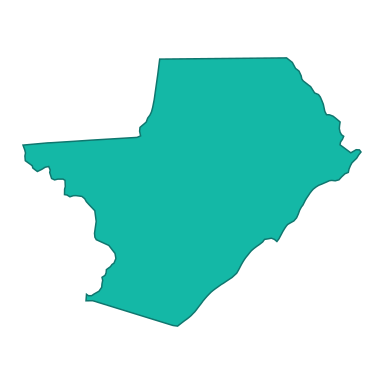 Coruripe, Alagoas, Brazil (Albers equal-area conic projection)
{"feature_id": "56859067B77364556479199", "entity_name": "Coruripe", "entity_type": "district", "adm_level": 2, "iso_a3": "BRA", "parent_name": "Brazil", "parent_adm1": "Alagoas", "projection": "albers", "projection_center": [-36.219, -10.099], "detail": "fine", "context": "isolated", "style": "filled", "palette": "teal", "viewbox_px": 384, "rotation_deg": 0, "n_neighbors": 0, "source": "geoboundaries", "source_scale": "gbopen_adm2", "svg_char_len": 2395}
<svg xmlns="http://www.w3.org/2000/svg" viewBox="0 0 384 384"><path d="M361.0,152.0L359.4,149.9L356.2,149.7L350.8,152.8L340.0,144.8L340.6,141.9L342.4,139.4L343.7,136.3L341.5,134.7L340.1,132.2L339.3,128.6L339.6,125.3L340.1,122.0L335.4,118.0L333.1,116.2L329.5,114.8L326.5,114.7L324.8,111.3L323.3,104.2L321.9,100.7L320.3,97.0L318.5,94.6L314.6,92.9L310.6,86.6L308.4,85.0L303.2,80.9L301.8,79.0L301.2,75.9L299.0,71.1L295.5,68.4L293.8,65.2L292.3,62.4L289.0,59.8L286.6,57.9L159.7,59.1L157.8,74.2L156.3,84.8L154.2,99.7L152.7,107.3L151.5,111.8L150.0,115.0L147.7,118.1L146.2,122.1L142.2,125.5L140.0,127.4L139.6,131.2L140.6,135.9L137.0,137.4L92.0,140.1L74.0,141.3L51.8,142.7L47.5,142.9L23.0,145.1L24.8,150.1L25.5,153.0L24.9,156.0L25.3,160.7L32.2,165.7L32.8,168.0L35.2,169.9L37.4,171.5L41.7,169.4L45.2,167.2L48.7,166.5L50.2,170.0L49.7,172.5L51.6,178.5L54.6,179.9L57.8,179.1L63.0,179.1L65.0,180.3L65.3,186.6L64.6,189.1L64.5,194.6L67.0,195.0L69.9,196.8L73.3,195.7L76.0,195.6L81.9,196.4L84.7,198.7L86.3,201.6L88.9,204.5L94.8,210.7L96.2,221.4L94.5,233.3L94.9,237.2L96.3,239.7L108.8,245.4L115.0,253.4L115.9,258.5L114.0,263.1L112.0,264.5L110.4,266.7L106.4,269.6L106.1,272.9L105.0,275.4L102.0,277.3L102.7,280.4L102.0,283.8L101.7,287.3L99.0,291.2L93.9,294.1L91.6,295.7L88.4,295.7L86.5,294.3L86.3,296.9L86.0,300.8L92.7,300.7L169.1,324.3L173.1,325.5L177.6,326.1L182.2,322.5L184.7,320.6L187.1,318.9L189.0,317.4L191.1,315.6L192.9,313.7L194.8,311.8L196.7,309.4L198.4,307.1L200.9,303.9L203.0,301.0L205.0,298.6L207.0,296.3L209.1,294.1L211.2,292.0L213.1,290.4L215.5,288.6L218.2,286.7L221.1,284.6L223.6,283.1L225.8,281.6L228.5,279.8L232.0,277.5L234.3,275.4L236.6,273.3L238.5,270.1L240.1,267.0L241.4,264.5L242.9,261.9L244.4,259.5L245.9,257.4L248.1,254.7L249.5,252.9L251.4,250.7L253.9,248.5L256.8,246.3L259.7,244.3L262.7,241.9L264.5,239.4L267.6,238.9L271.4,238.2L274.4,239.4L276.9,241.5L278.9,238.9L280.0,236.8L281.4,234.2L282.7,231.7L284.5,228.7L286.1,226.3L287.6,224.5L290.5,222.8L293.9,220.9L296.6,217.8L298.3,214.0L299.7,210.1L301.4,207.0L302.9,205.1L304.2,202.5L305.3,200.3L306.7,198.0L308.6,195.2L309.9,193.2L311.6,191.0L313.3,189.1L316.0,187.0L318.7,185.3L322.0,184.0L324.5,182.9L326.6,182.0L329.4,180.7L331.7,180.4L335.3,180.8L339.0,179.8L341.5,177.0L344.9,173.8L348.3,172.4L349.0,169.1L350.4,165.7L351.9,162.9L354.4,160.4L356.6,158.3L358.7,154.9L361.0,152.0Z" fill="#14b8a6" stroke="#0f766e" stroke-width="1.5"/></svg>